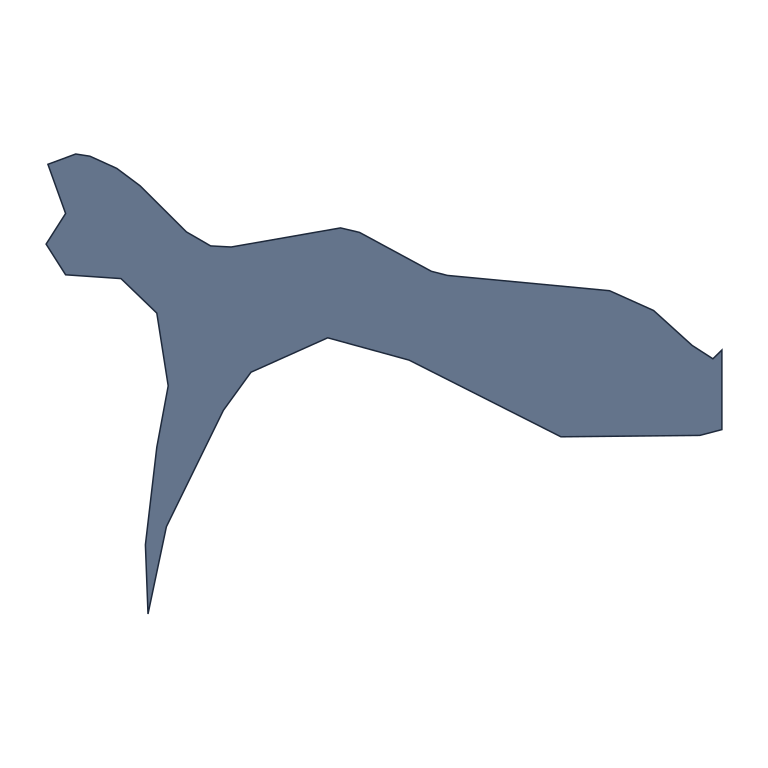 outline of Ribeira Brava
{"feature_id": "CPV-5057", "entity_name": "Ribeira Brava", "entity_type": "state/province", "adm_level": 1, "iso_a3": "CPV", "parent_name": "Cabo Verde", "parent_adm1": "", "projection": "natural_earth1", "projection_center": [-24.247, 16.582], "detail": "fine", "context": "isolated", "style": "filled", "palette": "slate", "viewbox_px": 768, "rotation_deg": 0, "n_neighbors": 0, "source": "natural_earth", "source_scale": "10m", "svg_char_len": 545}
<svg xmlns="http://www.w3.org/2000/svg" viewBox="0 0 768 768"><path d="M47.9,164.3L75.7,154.0L89.9,156.2L116.8,168.4L140.2,185.9L186.4,231.9L210.6,245.9L231.2,247.0L340.5,227.9L359.5,232.4L431.4,271.3L447.3,275.4L609.5,290.7L653.6,310.5L692.1,345.4L712.9,358.8L721.9,350.0L721.9,429.6L699.8,435.4L560.9,436.8L409.0,360.1L327.7,337.8L251.0,372.2L223.4,410.3L166.4,526.7L148.0,614.0L145.4,544.8L156.8,447.2L168.2,385.9L156.8,313.1L121.0,278.6L65.6,274.8L46.1,244.1L65.6,213.5L47.9,164.3Z" fill="#64748b" stroke="#1e293b" stroke-width="1.5"/></svg>